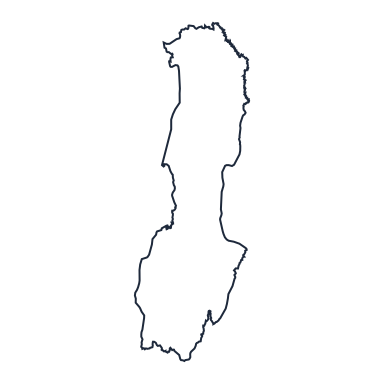 Batheay, Kâmpóng Cham, Cambodia (Equal Earth projection)
{"feature_id": "14789045B52363017269131", "entity_name": "Batheay", "entity_type": "district", "adm_level": 2, "iso_a3": "KHM", "parent_name": "Cambodia", "parent_adm1": "Kâmpóng Cham", "projection": "equal_earth", "projection_center": [104.945, 12.037], "detail": "fine", "context": "isolated", "style": "outline", "palette": "slate", "viewbox_px": 384, "rotation_deg": 0, "n_neighbors": 0, "source": "geoboundaries", "source_scale": "gbopen_adm2", "svg_char_len": 5911}
<svg xmlns="http://www.w3.org/2000/svg" viewBox="0 0 384 384"><path d="M248.0,59.9L246.3,57.9L245.4,58.5L244.3,56.9L243.1,56.5L242.6,55.5L242.7,54.9L241.9,55.1L241.4,54.4L240.6,55.3L240.7,56.3L240.1,57.1L239.4,57.1L238.4,54.3L237.8,54.6L237.1,53.7L237.1,53.2L238.3,52.9L237.3,52.1L236.6,51.1L235.8,51.4L235.2,51.0L236.0,50.1L235.0,49.6L235.1,48.7L234.4,48.8L234.0,48.1L234.3,47.3L233.8,46.3L233.4,46.4L233.1,47.1L231.4,46.0L231.9,45.3L232.1,45.6L232.4,44.6L231.8,44.5L231.4,45.0L231.2,44.5L231.6,44.1L231.3,43.7L230.8,44.4L230.5,44.3L230.0,43.2L230.0,42.0L229.5,42.8L229.0,41.3L228.7,42.1L227.9,42.0L227.7,41.6L228.0,40.6L226.6,40.9L226.5,40.6L226.9,39.8L226.7,39.5L225.5,40.0L226.2,36.8L225.5,36.4L225.5,35.0L225.0,35.0L224.5,35.7L224.1,35.4L224.8,34.6L224.9,34.1L224.3,33.7L224.7,32.8L223.5,32.7L223.6,31.4L222.9,31.6L223.1,31.0L224.2,30.0L223.5,29.5L222.2,29.6L221.9,28.4L221.3,28.6L220.6,27.4L220.2,27.6L218.9,25.5L217.4,24.6L218.1,23.4L217.8,23.2L215.4,23.3L214.3,23.8L213.1,23.0L212.7,23.6L212.2,24.6L212.3,25.2L213.1,25.7L213.6,28.4L213.5,29.5L212.4,28.9L210.9,28.9L209.9,28.3L209.5,28.5L209.1,28.1L209.3,27.0L208.9,26.8L206.6,27.3L205.0,25.6L204.8,27.9L204.4,28.3L202.3,27.9L201.6,26.5L198.7,27.3L196.5,28.8L195.4,28.3L193.6,26.1L189.0,25.5L188.5,25.7L188.4,27.9L188.0,28.9L187.5,29.1L185.6,28.3L184.1,29.5L182.3,29.5L181.3,30.0L180.9,32.2L179.7,32.5L179.5,33.3L180.0,34.3L180.2,35.8L180.0,37.3L179.5,38.3L176.6,39.1L169.6,43.8L166.6,43.9L163.7,42.5L164.5,47.7L166.0,48.5L166.6,51.6L167.3,52.1L168.8,52.1L170.9,53.8L171.5,54.0L172.2,53.7L172.6,54.3L172.1,55.6L172.7,57.3L170.8,57.5L170.4,59.4L170.6,61.5L169.7,61.1L169.2,61.2L169.1,61.8L170.1,66.1L170.6,66.8L172.0,66.9L175.4,65.1L177.5,65.4L178.3,66.5L179.0,70.8L179.9,88.6L179.6,93.3L179.7,102.7L175.3,109.2L172.9,114.3L171.2,119.6L171.2,129.3L162.0,165.1L163.6,166.5L164.3,165.9L164.2,164.2L166.7,164.3L168.7,165.9L170.4,171.1L171.9,173.9L172.7,174.6L172.9,177.7L173.7,180.5L173.1,182.1L173.9,185.3L174.7,186.5L174.9,188.2L174.5,190.1L172.8,192.5L172.1,194.6L172.1,195.7L174.3,202.3L176.0,205.8L175.2,207.3L175.7,207.9L174.9,209.5L173.4,210.7L172.2,210.7L172.1,211.2L172.2,212.7L172.9,213.7L172.9,215.0L172.4,217.6L172.8,218.5L172.8,219.5L172.4,220.3L172.3,222.0L172.8,222.1L172.8,222.8L173.1,223.0L173.1,223.4L171.8,223.0L172.3,224.1L170.8,225.7L170.8,226.0L171.1,226.2L170.9,227.9L170.1,228.2L169.8,228.0L170.0,227.6L168.6,226.7L168.1,227.2L168.4,227.5L168.2,228.0L167.6,228.8L166.6,229.2L166.1,227.1L167.4,226.3L167.3,225.5L166.4,225.7L161.8,228.3L161.3,230.1L157.1,231.4L156.5,232.4L156.1,234.7L152.5,239.1L151.9,244.5L149.1,254.7L147.6,256.9L146.8,257.5L141.8,259.1L140.2,264.4L139.5,270.0L139.6,280.6L139.2,283.3L138.1,287.2L137.0,289.9L135.3,292.6L134.9,295.5L135.8,298.6L135.7,302.7L139.2,306.8L140.1,308.2L141.6,311.7L144.2,315.4L144.1,318.1L142.4,329.6L141.5,332.2L141.3,334.5L141.3,336.7L142.5,339.3L141.6,342.4L141.8,344.3L141.2,346.8L142.0,347.6L142.3,348.9L143.8,348.2L144.8,349.3L145.9,348.4L147.3,348.8L149.6,348.4L150.1,347.8L152.4,347.2L152.8,345.4L152.6,344.3L152.8,342.2L153.0,341.7L154.3,341.8L155.8,342.8L156.9,345.1L157.8,345.9L160.0,345.4L161.8,347.9L161.9,348.9L161.6,349.8L162.0,350.1L162.3,349.8L164.0,351.4L165.4,350.9L165.3,351.4L167.6,352.6L168.3,351.6L169.0,351.8L169.4,351.2L169.8,350.0L169.8,348.4L170.4,347.8L172.2,350.1L173.3,349.6L174.0,349.7L174.4,350.9L179.2,355.0L180.3,359.1L181.0,360.1L182.8,360.3L184.4,361.0L185.3,360.1L188.8,359.5L189.6,358.7L190.3,357.2L190.2,354.1L190.4,353.0L191.1,351.7L194.5,348.5L195.7,345.8L196.1,343.8L196.9,342.9L197.9,342.6L198.8,341.7L200.7,341.3L201.2,338.0L202.2,336.2L202.2,335.7L201.2,334.8L201.3,334.3L203.2,333.8L203.3,332.2L203.9,330.8L203.6,328.3L203.2,327.2L203.2,325.7L204.1,325.9L204.4,325.6L204.6,324.6L205.2,323.9L205.8,321.0L206.1,321.4L207.0,320.8L208.2,319.3L208.3,317.6L207.8,315.2L208.4,314.1L208.6,311.3L208.9,310.9L209.6,310.7L210.5,311.3L209.9,313.4L210.6,313.6L210.5,315.0L210.2,315.0L210.3,316.0L211.2,318.0L210.6,318.7L211.1,320.3L211.7,320.8L212.9,322.9L213.5,323.2L213.4,324.1L214.4,323.6L215.8,322.1L216.6,322.0L218.5,320.5L219.5,318.8L220.1,318.5L225.7,308.6L226.9,304.0L227.9,298.5L228.4,294.1L232.5,286.1L234.6,278.6L235.2,277.9L235.3,277.0L234.4,275.0L235.8,273.4L235.7,273.0L234.9,271.3L234.0,270.4L235.7,268.4L238.0,268.5L238.6,265.6L239.4,264.3L239.5,263.1L240.3,262.6L241.2,260.0L242.3,259.9L242.2,258.6L242.5,257.8L243.3,256.8L244.2,256.7L243.2,255.5L243.3,254.9L244.2,254.3L245.3,252.3L245.2,250.7L246.7,249.9L246.4,248.7L245.5,247.9L239.4,243.7L233.8,241.7L228.6,240.7L226.7,239.5L224.9,237.3L223.5,233.9L222.7,231.2L220.1,219.7L220.2,218.3L221.4,215.1L221.7,213.4L220.9,209.4L221.7,191.8L223.3,186.4L223.6,184.1L222.4,177.7L222.2,172.1L225.1,165.8L226.6,165.1L228.6,165.1L232.0,166.0L234.1,164.7L239.5,154.4L240.2,150.9L240.3,146.5L240.2,144.8L239.9,144.4L240.1,142.2L239.0,139.1L239.7,137.3L239.5,136.5L240.5,128.0L240.1,125.7L240.5,122.8L242.7,116.2L243.3,115.2L244.5,114.5L245.6,112.8L245.0,111.4L243.7,109.8L243.4,107.9L243.7,106.4L243.3,105.8L244.2,103.9L244.8,104.1L245.5,103.5L245.7,103.8L247.3,102.3L247.9,102.6L248.5,102.3L248.9,101.6L248.7,101.1L249.1,100.7L248.9,100.0L248.2,99.9L248.5,99.1L247.3,99.1L246.5,98.1L246.8,97.7L245.9,97.6L246.2,96.0L245.8,95.5L245.4,95.7L245.3,94.8L244.8,95.0L244.4,94.5L245.1,93.9L245.3,93.1L244.7,93.4L244.3,91.9L244.7,91.3L244.6,90.5L245.0,90.0L244.9,89.3L245.5,88.5L244.8,87.3L244.2,87.8L244.1,87.2L244.5,86.7L244.1,85.8L244.6,84.5L244.5,83.3L244.6,82.8L245.0,82.7L244.8,82.3L244.4,82.3L244.4,81.8L245.0,81.5L244.9,80.8L245.5,80.2L244.9,79.8L244.5,80.0L244.4,79.6L244.0,79.4L244.4,78.6L244.0,77.9L244.7,77.4L244.7,76.9L244.1,76.8L244.1,75.6L243.6,75.6L244.8,74.7L244.8,71.7L245.4,70.9L244.6,70.6L244.8,70.2L246.0,70.4L246.9,69.8L247.2,68.6L247.7,69.4L248.3,67.8L247.4,67.1L247.9,65.8L247.7,64.6L247.0,63.3L247.6,62.9L246.9,61.2L248.0,59.9Z" fill="none" stroke="#1e293b" stroke-width="2"/></svg>